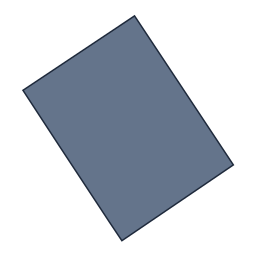 Hamilton, Illinois, United States of America (Albers equal-area conic projection), rotated 326°
{"feature_id": "52423323B64149678111628", "entity_name": "Hamilton", "entity_type": "district", "adm_level": 2, "iso_a3": "USA", "parent_name": "United States of America", "parent_adm1": "Illinois", "projection": "albers", "projection_center": [-88.539, 38.082], "detail": "fine", "context": "isolated", "style": "filled", "palette": "slate", "viewbox_px": 256, "rotation_deg": 326, "n_neighbors": 0, "source": "geoboundaries", "source_scale": "gbopen_adm2", "svg_char_len": 261}
<svg xmlns="http://www.w3.org/2000/svg" viewBox="0 0 256 256"><g transform="rotate(326 128 128)"><path d="M194.7,217.5L194.7,217.1L196.1,38.7L62.0,38.0L61.0,105.6L60.0,195.2L59.9,218.0L194.7,217.5Z" fill="#64748b" stroke="#1e293b" stroke-width="1.5"/></g></svg>